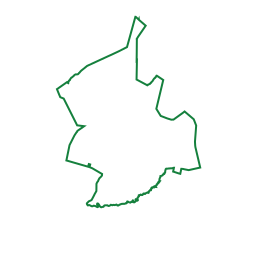 Kabwe, Central, Zambia (Albers equal-area conic projection), rotated 138°
{"feature_id": "96606910B72559103883158", "entity_name": "Kabwe", "entity_type": "district", "adm_level": 2, "iso_a3": "ZMB", "parent_name": "Zambia", "parent_adm1": "Central", "projection": "albers", "projection_center": [28.455, -14.458], "detail": "fine", "context": "isolated", "style": "outline", "palette": "green", "viewbox_px": 256, "rotation_deg": 138, "n_neighbors": 0, "source": "geoboundaries", "source_scale": "gbopen_adm2", "svg_char_len": 5148}
<svg xmlns="http://www.w3.org/2000/svg" viewBox="0 0 256 256"><g transform="rotate(138 128 128)"><path d="M47.3,201.4L47.5,201.3L47.9,205.5L48.1,205.7L74.6,188.8L83.6,191.2L91.5,193.6L94.6,194.6L114.9,200.9L116.9,201.5L124.4,201.9L125.8,201.8L126.8,201.6L127.4,201.7L128.1,201.5L129.0,201.5L129.3,201.5L129.9,201.9L130.3,202.2L130.9,202.8L131.4,203.0L132.3,203.2L133.9,203.0L134.3,203.1L135.1,203.1L135.8,203.1L136.2,203.3L136.6,203.3L138.5,202.9L139.1,202.5L139.3,202.5L139.6,202.7L140.4,202.6L140.8,202.3L141.2,202.3L142.0,202.0L142.2,201.4L142.4,201.3L142.5,201.5L142.4,202.2L142.6,202.6L142.9,202.5L142.6,202.7L142.6,202.9L154.8,204.4L156.9,198.6L157.7,196.2L156.1,192.9L164.0,164.0L159.4,158.7L167.5,159.7L168.7,159.2L169.0,159.3L172.8,158.3L182.9,154.4L195.5,145.1L183.6,126.0L181.2,127.4L180.5,126.2L182.8,124.7L181.5,122.0L178.5,112.6L178.0,111.2L179.2,110.1L180.3,109.9L182.1,109.8L182.8,109.8L184.3,109.3L185.9,108.5L186.4,108.5L186.8,108.4L188.5,107.8L189.0,107.4L191.0,105.2L193.7,102.3L197.6,101.0L197.9,100.8L199.8,100.1L203.1,98.9L204.0,99.0L206.1,99.7L206.8,99.7L207.6,99.6L208.4,99.6L209.0,99.5L209.2,99.3L209.4,99.0L209.6,98.4L209.6,97.3L209.3,97.1L208.6,96.9L208.3,96.6L207.8,95.4L207.5,94.4L206.9,93.7L206.3,93.4L205.6,93.3L205.2,92.9L204.4,91.6L203.9,90.2L203.7,89.7L203.4,89.5L202.9,89.5L202.7,89.6L202.4,90.0L202.3,90.3L202.2,91.7L202.0,92.1L201.4,92.4L201.0,92.2L200.8,91.7L200.8,91.1L201.0,89.8L201.3,88.7L201.3,88.4L201.2,87.6L201.1,87.3L200.8,86.9L200.3,86.7L199.6,86.4L199.2,86.0L198.8,85.9L198.6,85.9L197.8,86.2L197.4,86.2L197.1,86.1L195.6,84.8L195.1,84.4L194.9,83.9L194.8,83.3L194.5,83.0L194.0,82.7L193.5,82.5L192.1,82.4L191.8,81.9L191.5,81.3L191.2,81.0L190.9,81.0L190.7,80.9L190.3,80.5L190.0,80.4L189.6,79.7L189.2,79.4L187.9,78.9L187.7,78.4L187.7,77.5L187.2,77.0L186.9,77.0L186.7,76.8L185.8,76.7L185.5,76.7L184.7,76.2L184.4,76.2L184.2,76.1L183.9,76.1L183.0,75.5L182.9,75.3L182.5,75.1L182.2,74.7L181.9,74.6L181.5,74.1L180.8,73.7L180.1,73.7L179.8,73.2L179.3,73.1L178.9,73.1L178.4,73.4L178.0,73.8L177.8,73.9L177.6,73.8L177.3,73.4L177.1,72.4L176.7,71.8L176.6,71.6L176.2,71.0L175.2,71.0L175.0,70.8L174.8,70.5L174.6,70.3L173.7,70.5L173.4,70.9L172.8,70.9L172.8,70.6L173.1,70.3L173.2,69.9L173.0,69.6L172.9,69.4L173.4,68.9L173.3,68.7L172.9,68.5L172.4,68.5L172.1,68.4L171.7,68.5L171.4,68.4L171.0,68.4L170.5,69.1L170.4,69.2L170.4,69.6L170.3,69.8L170.0,69.9L169.8,69.9L169.6,69.7L169.6,69.4L169.7,68.1L169.5,67.7L169.0,67.8L168.9,67.8L168.6,68.5L168.3,68.8L168.2,69.1L167.9,69.4L167.7,69.7L167.4,69.8L167.2,69.8L166.9,69.8L166.4,70.0L166.3,69.9L166.0,70.0L165.8,69.9L165.5,69.9L165.2,70.3L165.0,70.8L164.9,70.8L164.5,70.6L164.4,70.4L164.2,70.2L163.5,70.1L163.5,69.9L163.4,69.8L163.0,69.8L162.6,68.9L162.4,68.8L162.2,68.8L162.0,68.6L161.8,68.7L161.3,68.7L161.1,68.8L160.9,68.7L160.7,68.7L160.4,68.8L160.3,68.7L160.2,68.8L160.0,68.7L159.6,68.3L159.6,68.1L159.8,67.9L159.5,67.6L158.9,67.6L158.7,67.6L157.7,67.5L157.2,67.1L156.7,67.1L156.4,67.0L156.2,66.6L156.4,66.5L156.5,66.6L156.4,66.4L156.2,66.1L155.9,66.1L155.7,66.2L155.5,66.4L155.5,66.7L155.3,66.8L155.1,66.8L154.5,67.0L154.3,66.9L153.7,66.9L153.2,66.7L152.9,66.9L152.8,67.1L152.7,67.1L152.4,67.0L152.4,66.9L152.3,66.7L152.2,66.8L151.9,66.9L151.9,67.0L152.0,67.1L151.7,67.3L151.4,67.4L151.1,67.6L150.7,67.7L150.6,67.8L150.2,67.8L150.1,67.6L150.1,67.2L149.6,67.2L149.3,67.4L149.2,67.3L149.2,67.2L148.9,67.1L148.7,67.1L148.7,66.8L148.4,66.7L148.3,66.9L148.1,66.8L148.1,66.6L147.8,66.7L147.8,66.8L147.5,67.1L147.4,67.1L147.2,67.0L147.0,66.7L147.2,66.0L147.0,65.8L147.0,66.0L146.9,66.0L146.8,65.8L146.6,65.9L146.2,66.1L145.7,66.2L145.7,66.4L145.1,66.3L145.0,66.5L144.8,66.5L144.4,66.9L144.2,66.9L143.9,66.9L143.9,66.7L143.7,66.7L143.1,66.7L143.1,66.8L142.9,66.9L142.9,67.1L142.7,67.2L141.9,66.8L141.7,66.8L141.6,67.0L141.4,67.0L141.5,67.2L141.4,67.4L141.3,67.6L141.0,67.6L140.7,67.5L140.3,67.6L140.2,67.5L140.1,67.4L139.9,67.3L139.7,67.3L139.8,67.6L139.7,67.7L139.7,67.8L139.5,68.3L139.2,68.6L138.3,69.3L137.2,69.7L136.9,69.8L136.1,70.6L135.9,70.5L135.1,70.0L134.4,69.8L134.0,69.7L133.7,69.9L133.5,70.0L133.2,70.0L132.8,69.8L132.5,69.9L132.2,70.1L132.0,69.8L131.8,69.6L131.5,69.7L131.5,69.8L131.3,70.1L130.3,70.1L130.1,70.2L130.1,70.3L129.6,70.6L129.4,70.9L128.0,71.9L127.7,72.0L127.4,72.2L127.1,72.2L126.8,72.2L125.8,71.3L124.4,70.4L124.1,70.0L123.5,69.7L123.0,69.2L122.2,68.6L121.8,68.3L121.0,68.1L120.5,67.7L123.6,65.4L120.5,60.0L119.8,59.0L115.7,62.0L115.2,61.5L114.4,60.6L113.8,59.7L111.1,56.1L100.8,50.3L90.7,68.7L89.8,70.0L87.4,73.0L75.7,84.2L73.3,90.5L74.9,102.4L76.6,102.5L88.6,103.8L90.3,105.3L92.4,108.8L95.6,115.1L94.1,123.3L69.7,140.1L71.6,147.6L71.8,147.8L72.0,147.8L72.4,147.5L73.0,147.3L73.6,147.4L73.8,147.3L73.8,147.2L74.3,147.1L74.8,147.3L75.1,147.2L75.5,147.2L76.3,147.1L77.1,146.8L77.5,146.8L78.1,146.5L79.0,146.4L80.2,146.4L80.5,146.2L80.8,146.3L81.0,146.2L81.7,146.3L82.3,146.1L82.7,146.4L83.1,146.4L83.7,146.6L84.0,146.8L84.3,146.9L84.7,146.7L85.1,146.8L85.3,147.5L89.2,158.3L76.2,172.2L76.6,172.2L71.5,177.7L62.8,187.2L62.4,187.6L62.1,187.9L62.0,188.3L59.7,189.0L46.4,192.2L47.5,201.1L47.3,201.4Z" fill="none" stroke="#15803d" stroke-width="2"/></g></svg>